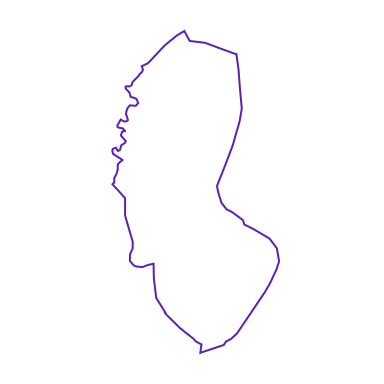 Yarwein Mehnsonnoh, Nimba, Liberia, rotated 353°
{"feature_id": "62588387B90260404265556", "entity_name": "Yarwein Mehnsonnoh", "entity_type": "district", "adm_level": 2, "iso_a3": "LBR", "parent_name": "Liberia", "parent_adm1": "Nimba", "projection": "albers", "projection_center": [-9.092, 6.596], "detail": "fine", "context": "isolated", "style": "outline", "palette": "violet", "viewbox_px": 384, "rotation_deg": 353, "n_neighbors": 0, "source": "geoboundaries", "source_scale": "gbopen_adm2", "svg_char_len": 2510}
<svg xmlns="http://www.w3.org/2000/svg" viewBox="0 0 384 384"><g transform="rotate(353 192 192)"><path d="M114.0,174.6L118.6,181.0L120.1,183.2L124.8,189.9L124.1,195.9L123.3,202.4L122.7,207.1L123.0,208.9L124.0,215.2L127.1,234.2L127.0,235.2L126.2,240.8L122.9,246.3L122.9,246.6L122.1,251.5L122.1,251.8L122.1,253.0L124.7,257.0L125.4,257.8L127.5,259.1L133.6,260.5L136.9,259.7L139.8,259.0L145.1,258.5L144.0,269.3L143.7,272.5L143.6,273.1L143.6,288.1L143.6,292.9L150.9,308.5L150.5,308.7L151.2,310.1L163.9,326.1L164.3,326.6L164.8,326.6L166.1,328.3L172.5,334.7L175.5,337.7L177.4,340.6L181.8,343.8L182.8,344.3L180.7,352.7L182.1,352.3L204.5,347.8L204.9,347.7L207.6,344.5L212.9,342.6L219.4,337.9L223.5,333.2L238.3,316.2L240.6,313.5L249.3,303.5L252.1,300.3L258.0,292.5L258.4,291.9L266.6,278.9L267.5,276.8L267.6,276.6L268.8,274.0L269.8,271.8L270.0,271.3L269.6,263.2L269.4,258.3L269.0,257.6L265.1,250.8L263.9,248.8L263.2,247.6L248.2,236.1L239.9,230.6L239.1,226.1L233.0,220.3L229.8,217.2L224.0,213.2L222.2,210.1L219.9,206.2L219.7,205.4L219.7,205.0L218.1,196.3L217.6,191.1L217.6,189.0L222.3,180.3L224.4,176.5L229.2,167.6L238.0,150.9L242.9,139.3L246.3,131.4L247.9,127.5L251.5,115.5L251.6,114.2L252.3,92.8L252.5,88.5L253.1,76.6L252.9,60.6L252.3,60.5L241.3,54.9L239.0,53.7L237.2,52.8L232.4,50.3L223.1,45.5L208.1,41.8L204.0,31.3L195.9,34.9L192.8,36.9L183.0,43.0L179.4,46.0L170.2,53.7L163.9,58.9L157.4,61.0L158.0,63.5L158.2,64.5L157.9,65.4L156.7,67.0L156.1,67.4L154.4,68.6L153.1,70.2L152.8,70.6L150.3,72.5L150.2,72.5L146.5,75.5L146.4,75.7L144.9,78.8L142.7,79.6L141.0,79.3L139.5,79.0L139.2,79.3L138.8,79.6L138.8,81.1L139.0,81.6L142.0,85.6L142.1,86.2L142.7,90.0L143.0,89.9L143.2,90.2L144.6,90.9L146.5,91.8L147.8,92.4L147.9,92.7L148.3,93.3L148.9,94.5L148.9,95.8L149.4,97.3L148.2,98.3L146.7,99.6L146.2,99.5L140.9,98.4L138.0,101.2L136.6,104.3L136.0,106.6L136.8,109.9L137.1,112.9L135.7,113.8L133.2,113.8L133.1,113.7L131.6,112.6L130.2,111.4L129.8,111.8L126.1,116.7L126.0,117.2L125.9,118.1L126.7,119.0L131.0,120.4L131.2,120.5L132.8,123.2L132.8,123.4L130.9,123.4L130.2,123.4L128.7,126.4L128.3,127.3L132.5,133.5L131.3,135.2L129.5,136.0L127.6,136.9L125.9,140.8L125.5,141.6L124.5,141.9L123.4,142.2L122.9,141.1L121.9,138.8L118.6,139.6L118.1,140.7L117.9,141.1L118.1,143.1L118.3,144.3L118.5,144.5L118.5,144.8L126.9,151.7L126.9,151.8L124.7,153.2L123.1,154.3L122.2,155.1L121.7,155.6L121.3,158.4L120.9,161.2L119.4,164.5L119.0,165.2L116.5,168.8L116.1,173.0L115.2,173.7L114.4,174.3L114.0,174.6Z" fill="none" stroke="#5b21b6" stroke-width="2"/></g></svg>